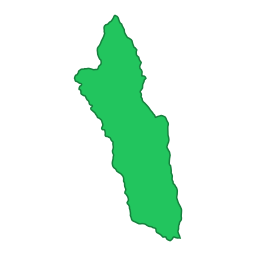 outline of Khipisa, Daga, Bhutan
{"feature_id": "84629894B72063035508805", "entity_name": "Khipisa", "entity_type": "district", "adm_level": 2, "iso_a3": "BTN", "parent_name": "Bhutan", "parent_adm1": "Daga", "projection": "equal_earth", "projection_center": [89.941, 27.038], "detail": "fine", "context": "isolated", "style": "filled", "palette": "green", "viewbox_px": 256, "rotation_deg": 0, "n_neighbors": 0, "source": "geoboundaries", "source_scale": "gbopen_adm2", "svg_char_len": 5817}
<svg xmlns="http://www.w3.org/2000/svg" viewBox="0 0 256 256"><path d="M168.3,124.5L168.2,123.1L167.4,121.7L166.6,120.1L166.1,118.7L165.3,117.2L164.1,116.5L162.5,115.8L161.1,115.5L160.0,115.9L157.4,116.6L155.9,117.3L155.4,117.3L154.6,115.2L153.3,113.9L152.4,112.4L151.2,111.1L149.9,109.4L149.2,108.2L148.5,107.4L148.1,106.8L147.2,105.8L146.5,105.0L145.7,104.2L144.7,103.1L143.2,101.8L142.3,100.3L142.1,98.6L141.0,96.8L141.4,95.0L141.1,93.4L140.3,92.4L140.2,91.3L141.5,89.6L142.5,88.0L142.6,85.7L142.8,84.2L144.0,81.6L144.2,80.1L145.9,78.4L145.4,77.1L144.2,76.1L141.9,75.8L141.9,73.4L142.1,71.9L141.4,70.0L140.0,68.5L139.7,66.5L140.1,65.2L141.2,62.7L140.7,61.6L139.8,60.6L139.3,59.5L138.7,57.2L136.9,55.6L136.4,54.7L136.2,51.8L136.8,49.9L135.1,47.8L134.1,47.3L133.3,45.4L132.6,43.4L132.0,40.8L131.2,39.7L129.9,38.8L128.8,38.1L127.6,37.6L126.8,36.6L124.8,33.1L124.4,31.7L124.2,29.6L123.5,28.3L122.2,25.8L121.6,24.1L120.6,23.4L119.8,22.5L118.9,20.2L118.5,18.8L118.1,17.7L117.2,16.5L115.0,15.4L114.2,16.0L113.2,18.3L111.4,21.0L110.4,21.7L109.6,22.1L108.7,23.1L107.6,24.3L105.7,24.8L104.4,26.2L104.0,27.8L104.3,30.4L104.2,31.8L104.7,33.3L103.7,36.4L102.6,38.7L101.3,41.3L100.6,43.3L99.6,45.3L98.3,46.9L97.5,48.2L97.3,50.2L97.6,52.8L97.7,54.3L98.5,56.5L99.6,58.9L100.9,60.1L101.2,62.1L101.1,63.3L101.0,63.7L100.9,64.1L100.4,64.8L99.8,65.3L98.8,66.3L98.6,66.7L98.2,68.2L97.9,68.8L97.6,69.1L97.3,69.4L96.4,69.5L95.5,69.5L94.0,69.7L93.6,69.7L93.1,69.6L91.9,69.2L91.3,69.0L90.5,68.8L89.7,68.6L89.3,68.5L88.5,68.4L87.9,68.4L87.5,68.6L87.0,68.6L86.1,68.8L85.0,68.7L84.6,68.7L84.2,69.0L83.8,69.1L82.8,69.1L82.4,69.2L82.0,69.1L81.6,69.2L81.1,69.3L80.0,70.1L79.0,70.8L78.7,71.2L78.5,71.7L78.4,72.4L78.3,72.7L78.0,73.3L77.7,73.6L77.3,74.4L77.0,74.7L76.7,74.9L76.1,75.0L75.7,75.3L75.4,75.7L75.2,76.1L74.8,77.1L74.7,77.7L74.5,78.1L74.8,78.9L75.0,79.6L75.3,80.7L75.7,81.2L76.2,81.4L76.8,81.5L77.1,81.6L77.9,82.1L78.6,82.7L79.9,83.3L80.5,83.4L80.9,83.5L81.3,83.7L81.6,84.2L81.5,84.9L81.3,85.3L81.1,85.6L80.2,86.0L79.8,86.5L79.6,86.9L79.3,87.6L79.2,88.1L79.1,88.7L79.0,89.1L79.3,89.5L79.9,89.6L80.3,89.8L80.6,90.4L80.9,91.2L80.9,91.8L81.0,92.2L80.9,93.1L81.1,93.6L81.5,94.2L82.3,94.7L83.5,95.5L83.9,95.6L84.6,95.7L84.9,95.8L85.2,96.1L85.7,96.9L86.3,98.4L86.9,99.4L87.3,100.0L88.0,100.4L88.5,101.0L88.8,101.5L89.0,102.0L89.3,103.5L89.4,103.9L89.6,104.2L89.9,104.5L90.3,104.8L90.7,105.1L91.1,105.1L91.8,105.2L92.2,105.6L92.3,106.1L92.2,106.6L91.9,106.9L91.1,107.6L90.8,108.4L90.9,108.8L91.0,109.3L91.2,109.6L91.5,109.9L92.1,110.3L92.7,110.9L93.7,111.8L94.6,112.5L94.9,112.8L95.4,113.7L96.0,114.7L96.6,115.4L96.8,115.7L97.2,116.6L97.5,117.3L97.8,117.6L98.5,117.8L98.9,118.1L99.8,118.6L100.2,119.0L100.9,119.6L101.2,119.9L101.5,120.3L101.7,120.8L101.8,121.2L102.0,121.7L102.2,122.6L102.8,124.2L102.8,124.7L102.8,125.2L102.7,125.7L102.6,126.0L101.8,127.7L101.7,128.1L101.7,128.5L102.0,129.2L102.3,129.5L102.8,129.7L103.7,129.7L104.4,129.8L104.8,130.4L105.1,131.9L105.3,133.0L105.3,133.6L105.2,134.2L105.2,135.2L105.3,135.7L105.7,136.2L106.1,136.4L106.4,136.4L107.3,136.5L107.7,136.6L108.1,136.8L108.9,137.3L110.1,137.8L110.3,138.1L110.6,138.6L110.7,139.0L110.9,139.4L111.2,140.1L111.6,140.6L111.8,140.9L112.7,141.7L113.0,142.1L113.0,142.6L112.9,143.6L112.9,144.3L113.0,144.7L113.3,146.7L113.3,147.6L113.2,148.2L113.1,148.8L112.9,149.5L112.7,150.1L112.5,150.5L112.5,151.0L112.5,151.5L112.6,152.3L112.8,153.0L113.5,154.5L113.6,155.0L113.6,155.4L113.3,156.5L113.2,157.2L113.1,158.7L113.0,159.3L112.6,160.9L112.5,161.3L112.4,162.2L112.3,162.8L112.3,163.5L112.4,164.2L112.6,165.3L112.7,165.8L113.2,166.7L113.5,167.2L113.9,167.7L114.4,168.1L115.1,168.6L115.5,168.9L115.8,169.3L116.3,170.1L116.7,171.0L117.0,171.3L119.0,172.7L120.2,173.3L121.3,174.2L122.4,175.5L122.7,175.9L123.1,176.5L123.4,177.3L123.6,178.2L123.7,179.0L123.6,180.6L123.6,181.1L123.8,181.8L124.3,182.2L124.6,183.5L124.6,185.2L124.8,186.7L125.0,187.1L125.8,189.1L125.6,190.5L125.0,191.8L124.9,192.6L125.0,193.3L125.9,194.0L126.9,195.4L127.6,196.5L128.1,197.8L128.4,199.2L128.3,200.6L127.1,202.5L127.4,203.7L128.5,204.7L129.4,206.4L129.5,208.5L130.0,209.8L130.3,211.8L130.5,213.4L130.4,215.6L131.2,217.7L131.6,219.3L132.3,220.5L133.9,221.4L135.2,221.9L136.9,222.8L139.0,223.8L140.5,223.8L142.0,223.6L143.3,223.7L144.6,223.9L145.9,224.5L146.9,225.3L148.8,226.3L149.7,226.5L150.6,226.6L151.8,226.8L152.4,227.4L153.5,227.8L154.7,228.0L155.6,228.5L155.9,229.0L156.2,231.4L156.7,232.3L157.5,232.9L158.3,233.2L159.0,233.7L159.7,234.0L161.1,235.1L161.6,235.6L162.1,236.2L162.7,236.9L163.1,237.1L164.2,236.9L165.3,236.9L165.8,237.0L166.1,237.5L166.4,238.3L167.0,239.2L167.9,239.8L169.8,240.6L170.3,240.6L170.6,240.5L171.2,239.9L172.2,239.0L172.7,238.3L173.0,237.6L173.5,237.1L174.1,237.0L174.8,237.2L175.6,237.6L176.6,237.8L177.3,238.0L179.2,237.9L180.1,238.0L179.4,235.6L178.8,234.4L177.9,231.9L178.0,230.6L178.3,229.8L178.6,228.8L178.5,228.0L178.6,226.9L178.6,226.0L178.8,225.1L179.2,224.3L179.5,222.8L179.7,222.1L180.0,221.6L180.9,220.4L181.2,219.9L181.4,219.1L181.4,217.6L181.2,216.5L181.2,215.5L181.4,213.0L181.5,211.1L181.5,209.8L181.3,208.9L180.8,207.8L180.4,206.8L178.6,203.5L178.0,202.0L176.7,197.9L176.7,197.0L176.8,196.0L177.1,194.5L177.2,192.9L177.3,191.0L177.2,190.1L176.9,189.0L176.5,187.8L176.2,187.3L175.6,186.7L174.7,184.9L174.2,184.3L173.5,183.9L173.2,183.5L173.1,182.8L173.1,181.9L172.9,181.3L172.3,180.3L172.1,179.4L172.1,178.3L172.2,177.2L172.3,176.1L172.1,175.2L171.6,173.8L171.3,173.4L171.1,172.9L171.2,172.3L171.2,170.6L171.1,169.4L170.9,167.8L170.5,165.6L169.7,164.9L169.2,163.5L169.3,161.9L169.4,160.2L169.6,158.2L170.1,155.2L169.8,153.8L169.5,152.1L168.3,150.1L167.0,147.5L166.8,146.9L167.1,146.0L167.6,144.3L168.5,142.1L168.9,140.0L168.8,138.7L168.6,137.4L168.0,135.2L167.8,128.8L167.8,126.6L168.3,124.5Z" fill="#22c55e" stroke="#15803d" stroke-width="1.5"/></svg>